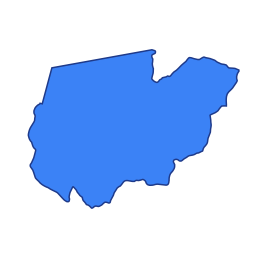 outline of Liure, El Paraíso, Honduras, rotated 13°
{"feature_id": "27666195B78599057689965", "entity_name": "Liure", "entity_type": "district", "adm_level": 2, "iso_a3": "HND", "parent_name": "Honduras", "parent_adm1": "El Paraíso", "projection": "orthographic", "projection_center": [-87.049, 13.55], "detail": "fine", "context": "isolated", "style": "filled", "palette": "blue", "viewbox_px": 256, "rotation_deg": 13, "n_neighbors": 0, "source": "geoboundaries", "source_scale": "gbopen_adm2", "svg_char_len": 5841}
<svg xmlns="http://www.w3.org/2000/svg" viewBox="0 0 256 256"><g transform="rotate(13 128 128)"><path d="M187.0,148.3L187.5,148.0L187.9,147.6L188.3,147.1L189.8,145.2L191.1,144.0L191.8,143.3L192.8,142.1L193.6,141.4L194.3,141.0L195.5,140.5L196.9,139.9L198.2,139.2L199.1,138.5L199.8,137.8L200.4,137.3L201.0,136.9L202.2,136.5L202.9,136.0L204.8,134.4L205.7,133.8L205.9,133.5L206.0,131.4L206.1,130.8L206.3,130.1L206.6,129.3L207.3,128.1L207.8,127.1L208.3,125.9L208.5,125.1L208.6,124.3L208.6,123.5L208.4,121.4L208.3,120.1L209.2,113.6L208.7,110.4L208.6,108.2L208.4,106.6L208.2,105.9L208.0,105.3L207.4,103.7L206.9,101.9L206.7,101.3L205.8,98.9L205.2,97.5L205.1,97.3L205.1,97.0L205.3,96.8L205.9,96.2L209.6,93.4L210.8,92.1L211.4,91.4L211.8,90.9L212.0,90.4L212.6,88.9L213.5,87.0L214.0,86.1L214.3,85.6L214.6,85.5L216.4,84.9L218.9,84.4L218.6,83.0L217.5,79.1L217.1,77.0L216.9,75.3L216.9,74.4L217.0,73.5L217.0,72.9L217.2,72.1L217.6,71.1L217.9,70.4L218.3,69.7L220.1,66.9L220.9,65.5L222.4,61.7L222.7,60.9L222.9,60.2L223.2,59.8L223.7,57.9L223.7,57.3L223.5,56.8L223.0,55.9L222.7,55.2L222.5,54.3L222.3,53.6L222.3,51.2L222.4,50.6L222.5,50.0L222.9,48.7L223.3,47.8L223.0,46.6L220.7,46.2L219.1,45.9L218.6,45.9L217.0,46.1L213.3,46.7L212.7,46.7L212.3,46.6L212.0,46.4L210.2,45.0L209.8,44.7L209.4,44.5L207.4,44.4L205.0,44.6L203.8,44.5L202.0,44.1L200.4,43.8L199.3,43.4L197.6,42.6L196.7,42.4L192.5,41.9L190.5,41.9L187.9,42.0L186.7,41.8L186.3,41.8L185.9,41.9L185.6,42.0L185.1,42.4L184.5,42.9L182.3,45.1L182.1,45.2L181.8,45.3L180.3,45.6L178.0,45.6L176.7,45.6L174.4,45.4L173.2,45.4L172.6,45.5L172.0,45.6L171.7,45.8L171.5,46.0L171.2,46.4L170.4,47.9L169.6,49.8L169.4,50.2L167.7,52.4L165.9,54.9L163.8,58.4L162.3,60.7L161.5,61.6L160.4,62.8L159.9,63.4L158.6,65.7L157.8,67.5L157.4,68.0L157.0,68.3L156.3,68.5L155.9,68.5L155.4,68.4L155.0,68.4L154.6,68.7L154.0,69.3L153.5,69.7L151.8,70.5L150.4,71.2L150.1,71.4L149.9,72.1L149.6,72.6L149.2,73.0L148.4,73.6L148.1,73.9L147.9,74.3L147.4,75.5L147.0,76.1L146.7,76.5L146.4,76.8L146.1,77.0L145.8,77.1L145.3,77.1L144.7,77.0L144.0,76.9L143.3,76.7L142.6,76.4L141.7,75.9L141.0,75.5L140.3,74.9L140.1,74.6L140.0,74.0L140.0,72.3L140.1,68.9L140.0,68.1L139.9,67.3L139.6,65.8L139.4,64.7L139.3,64.3L138.8,63.6L138.4,62.8L137.8,61.6L137.4,60.4L137.2,59.7L137.1,58.0L136.9,56.8L136.8,55.9L136.6,55.3L136.5,55.0L135.9,54.4L135.5,53.8L135.1,53.0L134.9,52.3L134.9,52.0L135.0,51.6L135.1,51.3L135.5,50.9L136.2,50.2L137.1,49.6L137.5,49.2L137.7,48.8L137.7,48.5L137.7,48.1L137.7,47.8L137.6,47.4L137.4,47.1L137.3,46.9L137.1,46.8L136.5,46.6L133.7,46.4L40.3,86.5L39.0,123.7L36.8,123.7L36.8,124.0L36.6,124.4L35.8,125.2L34.8,126.1L34.4,126.7L33.9,127.5L33.4,128.3L33.2,128.9L32.9,129.5L32.8,130.3L32.7,131.0L32.5,132.1L32.6,132.8L32.7,133.5L32.9,134.1L33.2,134.9L33.6,135.4L34.3,136.2L34.6,136.8L34.9,137.3L34.9,137.8L35.0,139.5L35.2,141.0L35.3,141.7L35.2,142.4L34.9,143.6L32.9,149.5L32.6,150.9L32.4,152.2L32.3,154.2L32.3,155.7L32.4,156.8L32.6,157.7L33.0,158.5L33.7,159.8L34.4,160.9L34.9,161.5L35.9,162.5L36.4,162.9L37.0,163.3L37.3,163.6L37.9,164.6L39.2,166.8L40.0,167.8L40.6,168.4L41.3,168.9L41.7,169.2L42.3,169.4L42.6,169.6L42.8,169.9L43.0,170.2L43.1,170.9L43.1,171.9L43.0,175.0L42.9,177.9L42.7,179.3L41.9,183.3L41.6,184.4L41.2,185.1L41.1,185.6L41.1,186.0L41.1,186.3L41.2,186.7L41.3,187.0L41.5,187.4L41.8,187.8L44.1,189.9L44.6,190.3L46.0,192.4L48.5,196.6L48.9,197.2L49.2,197.6L49.6,197.9L50.4,198.5L53.1,200.1L54.7,201.3L55.7,201.8L56.7,202.3L58.3,202.9L60.0,203.4L61.7,203.8L63.7,204.1L64.2,204.3L65.3,204.7L66.1,205.0L68.5,205.6L72.0,206.4L73.4,206.8L73.8,207.0L74.5,207.4L79.6,210.9L81.7,212.3L82.8,212.8L83.9,213.2L85.0,213.5L85.6,213.4L86.2,213.3L86.7,213.0L87.0,212.7L87.1,212.2L87.1,211.3L87.0,210.4L86.7,209.7L86.3,209.0L86.1,208.3L86.0,206.4L86.0,204.5L86.1,203.5L87.2,198.6L87.3,198.2L87.6,197.7L87.9,197.6L88.2,197.8L88.9,198.2L90.9,199.6L91.6,200.2L92.2,200.9L92.6,201.4L93.2,202.1L94.6,203.1L96.1,204.4L96.6,204.7L97.4,205.1L98.3,205.5L99.1,205.9L99.2,206.1L99.4,206.7L99.9,207.6L100.2,208.1L100.5,208.5L101.0,209.0L102.0,209.6L103.0,210.4L103.8,211.0L104.5,211.8L105.0,212.0L106.0,212.0L107.5,212.4L108.8,213.1L109.8,213.8L110.1,214.0L110.6,214.2L110.9,214.2L111.6,213.7L112.4,212.9L112.5,212.5L112.8,212.1L113.2,211.8L113.8,211.5L114.1,211.3L114.5,211.2L115.8,211.2L116.9,211.1L117.2,210.9L117.8,210.6L118.6,209.9L119.7,208.9L120.1,208.4L120.7,207.4L121.3,206.6L121.9,205.8L122.3,205.5L122.5,205.4L123.1,205.3L124.4,205.2L125.0,205.3L125.9,205.4L126.3,205.4L126.7,205.2L127.1,204.9L127.3,204.5L127.4,204.1L127.4,203.6L127.3,203.0L127.4,202.5L127.8,200.9L128.9,196.8L129.0,195.2L129.2,194.0L129.5,193.2L130.2,191.3L130.9,189.1L131.3,188.5L132.1,187.5L132.7,186.9L133.4,186.4L133.7,186.0L134.7,184.0L135.4,182.3L135.9,181.4L136.2,180.9L136.5,180.6L137.2,180.0L138.1,179.6L139.4,179.3L140.9,179.2L143.5,179.1L144.5,179.0L145.8,178.7L146.2,178.6L146.4,178.4L147.3,177.5L147.8,177.2L148.5,177.0L149.6,176.9L150.2,176.8L151.9,176.0L153.4,175.1L153.7,174.9L154.1,174.8L154.6,174.8L155.2,175.0L155.8,175.2L156.3,175.4L156.7,175.7L157.0,176.0L157.3,176.3L157.7,176.9L158.0,177.4L158.5,177.9L159.0,178.3L159.6,178.7L160.1,178.8L160.5,178.9L161.2,178.9L161.9,178.9L162.6,178.8L164.6,178.2L165.6,177.8L166.7,177.2L167.2,176.9L168.4,176.4L169.3,176.1L169.9,176.0L177.8,175.1L178.5,174.9L179.1,174.5L179.5,174.1L179.8,173.5L179.9,173.0L180.0,172.2L179.8,169.8L179.6,168.9L179.4,167.8L179.3,167.0L179.3,165.2L179.4,164.1L179.6,163.2L179.9,162.4L180.2,161.8L180.8,160.7L181.2,159.9L182.0,157.5L182.1,156.8L182.2,156.3L182.1,154.9L181.9,154.1L181.8,153.5L181.6,153.0L181.2,152.5L180.9,152.1L180.3,151.5L179.9,150.8L179.8,150.5L179.7,150.1L179.7,149.8L179.8,149.4L179.9,149.1L180.1,148.8L180.8,148.2L181.4,147.9L182.4,147.6L182.9,147.6L183.5,147.7L184.0,147.8L184.8,148.2L185.7,148.5L186.4,148.4L187.0,148.3Z" fill="#3b82f6" stroke="#1e3a8a" stroke-width="1.5"/></g></svg>